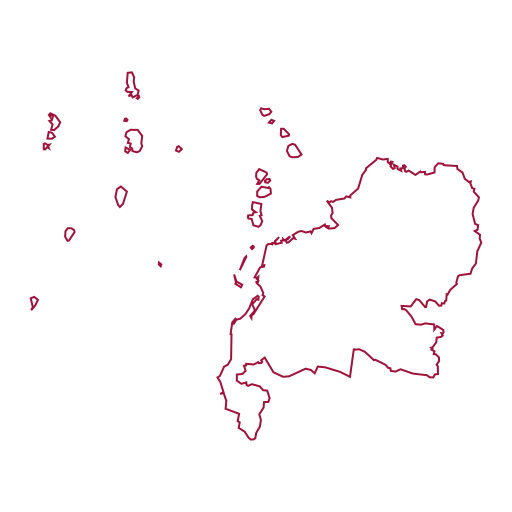 the district of Kota Makassar, Sulawesi Selatan, Indonesia
{"feature_id": "22746128B73854317646589", "entity_name": "Kota Makassar", "entity_type": "district", "adm_level": 2, "iso_a3": "IDN", "parent_name": "Indonesia", "parent_adm1": "Sulawesi Selatan", "projection": "mercator", "projection_center": [119.406, -5.12], "detail": "fine", "context": "isolated", "style": "outline", "palette": "rose", "viewbox_px": 512, "rotation_deg": 0, "n_neighbors": 0, "source": "geoboundaries", "source_scale": "gbopen_adm2", "svg_char_len": 6083}
<svg xmlns="http://www.w3.org/2000/svg" viewBox="0 0 512 512"><path d="M443.3,330.0L437.0,326.0L434.3,329.6L434.2,324.4L425.2,323.4L420.9,324.7L415.6,324.2L411.5,316.6L406.5,310.6L404.5,309.1L402.2,309.2L401.6,305.9L410.8,306.4L416.2,299.2L419.1,300.0L425.2,307.1L426.1,307.0L427.1,301.5L429.6,299.6L435.2,301.4L439.0,305.7L441.3,305.6L441.8,303.2L444.3,303.5L444.8,301.3L446.2,300.6L446.7,294.2L447.6,294.6L450.1,290.0L456.9,283.9L456.3,282.5L458.0,276.3L459.9,275.1L470.5,273.8L472.1,268.6L475.9,263.5L477.3,251.3L481.3,242.6L479.7,238.7L480.0,234.7L474.7,231.0L477.5,229.7L478.2,225.2L475.1,223.9L472.6,214.0L473.7,207.8L478.2,200.6L478.9,197.3L473.7,191.6L474.4,188.8L472.2,188.2L470.3,183.1L470.8,181.5L468.9,182.0L464.8,178.8L462.5,172.5L457.5,169.1L457.0,166.0L445.3,165.3L443.5,165.0L443.1,163.8L438.3,163.3L434.7,167.1L434.5,172.5L427.2,174.5L425.1,174.3L425.0,171.9L421.1,172.3L420.4,171.5L415.4,174.9L408.6,170.5L406.4,171.8L405.1,171.3L404.5,168.4L405.8,166.7L404.2,165.2L403.0,165.6L403.1,168.2L400.5,168.4L401.2,170.8L397.5,168.9L397.5,166.5L393.9,164.8L394.8,168.0L393.0,168.9L390.5,166.3L392.4,161.9L390.8,161.6L389.9,164.0L387.8,162.1L387.7,158.9L382.8,159.5L377.1,157.9L376.2,159.9L366.0,168.3L366.2,169.7L362.3,174.8L358.1,188.6L350.2,195.5L350.3,197.4L346.2,196.4L344.5,198.5L336.0,199.9L333.1,201.9L331.2,201.2L329.4,202.4L326.8,200.7L332.0,207.8L332.6,213.1L331.1,215.4L331.4,218.2L338.1,225.0L334.5,228.1L328.7,228.6L326.7,227.3L328.2,227.3L328.7,226.2L325.2,226.0L324.8,224.5L319.3,228.0L313.6,228.9L311.5,233.2L310.5,231.4L306.0,232.5L301.4,231.0L297.9,231.9L291.9,235.7L292.9,235.2L295.1,238.7L293.1,238.2L288.7,242.2L286.9,242.8L285.4,240.0L287.5,239.3L287.2,238.8L289.0,237.8L290.2,236.3L284.5,240.5L283.1,239.1L283.2,240.5L281.1,240.7L281.7,242.8L275.9,244.1L275.2,241.3L279.1,237.1L275.0,241.2L275.1,243.7L273.5,242.9L272.6,243.9L272.3,242.2L272.0,244.0L268.1,244.1L266.6,245.4L262.1,265.6L264.3,265.2L264.0,266.6L260.1,267.4L254.6,277.4L257.1,277.9L258.3,276.8L258.1,278.8L257.8,279.0L256.9,278.7L256.0,278.7L257.9,279.2L257.9,281.7L256.4,281.8L256.4,282.1L258.0,281.7L257.1,283.5L260.5,286.7L263.3,293.0L262.5,295.1L264.6,296.5L253.5,314.1L251.6,315.4L251.4,318.0L250.2,315.9L255.0,310.4L252.2,304.3L256.7,299.2L258.4,299.8L258.7,296.8L257.7,295.8L252.8,299.4L249.1,308.5L245.4,314.1L240.4,318.6L236.4,319.7L233.8,323.7L233.0,322.9L236.1,318.0L232.3,322.3L230.6,334.0L231.5,334.3L231.1,359.1L227.9,364.6L224.0,366.8L220.0,375.8L217.5,377.5L220.3,381.9L223.5,392.2L220.1,394.0L223.6,392.9L226.3,400.8L225.6,408.8L239.1,413.8L237.7,421.2L239.7,422.3L238.7,427.9L244.6,431.6L248.8,438.0L251.0,439.6L253.8,439.3L255.3,438.2L256.2,432.9L259.9,426.6L260.9,420.0L259.3,414.2L263.6,407.6L264.0,402.1L268.4,401.9L269.6,398.0L267.2,390.6L263.1,390.2L259.9,386.4L252.0,384.2L248.0,385.8L246.5,384.9L246.3,382.4L241.4,383.8L236.8,380.6L236.9,374.5L242.4,374.0L245.6,370.9L244.0,365.7L246.2,365.4L246.2,363.8L253.7,364.5L258.3,362.1L259.0,363.2L261.3,363.0L262.2,361.8L261.2,360.3L264.7,357.6L273.5,372.3L283.1,376.8L289.1,376.3L305.6,368.7L310.8,369.9L314.7,373.3L317.8,366.6L325.1,367.3L339.9,371.8L350.0,376.8L353.9,348.5L354.2,349.7L359.2,349.3L364.9,351.8L374.0,360.2L375.5,359.8L385.7,364.9L388.0,367.8L390.3,368.2L390.9,370.9L395.4,371.6L400.5,369.3L413.0,373.6L426.9,375.2L429.7,377.3L433.3,377.4L434.8,374.5L438.0,374.0L437.8,366.3L436.6,364.8L439.1,361.0L438.9,357.3L435.8,354.3L433.8,354.1L434.5,351.3L431.5,349.7L432.4,348.8L431.2,347.7L432.5,347.4L436.3,342.3L436.7,337.6L440.8,337.0L442.7,335.6L441.5,333.3L442.7,333.6L443.5,332.5L443.3,330.0ZM141.3,143.2L142.2,135.9L137.7,129.9L130.6,129.8L126.5,132.2L125.4,136.3L128.9,139.1L127.9,143.0L130.7,143.6L130.0,147.2L132.2,148.5L132.5,151.1L137.0,152.3L139.7,151.0L142.2,146.3L141.3,143.2ZM261.4,204.0L252.8,202.1L252.1,205.8L251.9,209.4L255.8,212.2L253.4,212.6L252.6,215.1L248.2,215.4L247.9,217.4L248.4,218.5L251.7,219.0L253.4,225.3L258.5,226.8L260.6,225.1L262.2,221.1L259.8,215.8L261.6,215.1L260.4,211.1L261.4,204.0ZM131.9,72.4L127.7,72.8L126.9,82.8L128.5,87.2L126.5,88.2L125.7,90.3L127.4,91.9L131.9,92.0L128.6,96.3L131.5,95.0L132.7,97.4L137.6,94.9L138.6,90.5L135.2,88.4L133.7,81.7L134.1,77.2L131.9,72.4ZM119.9,207.0L123.0,203.8L126.9,191.6L120.9,186.5L117.0,189.2L115.4,197.1L118.2,205.1L119.9,207.0ZM298.1,156.9L301.5,154.5L295.1,144.7L292.3,143.9L288.4,145.9L286.9,150.9L289.6,156.3L292.7,157.3L298.1,156.9ZM268.2,188.0L261.5,186.7L257.2,191.5L257.2,196.0L259.7,197.3L264.8,196.8L270.9,193.6L270.5,188.8L269.0,187.2L268.2,188.0ZM55.4,115.7L50.3,113.3L48.9,114.9L50.2,116.9L50.3,114.8L53.1,115.8L51.8,120.3L49.4,121.0L52.6,124.3L51.1,129.8L54.1,130.1L58.3,126.4L60.2,122.3L55.4,115.7ZM259.4,184.0L267.1,174.3L266.5,172.5L259.2,169.1L256.3,172.9L256.1,176.5L256.8,178.7L259.3,180.3L257.2,183.9L259.4,184.0ZM71.5,228.3L67.8,228.2L65.5,231.2L65.1,236.6L67.5,240.8L69.0,240.5L74.6,232.0L74.1,230.1L71.5,228.3ZM264.1,109.2L261.2,108.3L260.2,110.2L262.3,114.7L264.1,115.9L269.3,114.2L271.3,111.7L269.0,108.8L264.1,109.2ZM289.0,134.2L283.7,128.8L281.1,128.8L280.8,135.1L282.4,137.1L288.9,135.6L289.0,134.2ZM37.9,299.9L34.3,296.9L30.7,298.3L32.8,307.0L31.2,310.2L35.3,305.4L37.9,299.9ZM52.0,132.7L48.7,132.0L47.5,138.6L52.0,138.7L54.9,136.7L52.0,132.7ZM178.9,151.8L181.8,149.1L178.6,146.2L177.1,147.0L176.0,150.6L178.9,151.8ZM47.6,144.9L45.0,143.4L43.7,144.0L43.8,149.3L45.2,149.4L47.3,147.0L48.8,148.1L48.1,146.3L49.5,144.6L47.6,144.9ZM236.5,281.6L234.1,274.4L236.0,282.7L235.4,283.8L240.9,287.3L242.2,284.7L236.5,281.6ZM127.8,152.9L130.2,149.9L125.6,147.5L125.2,151.3L127.8,152.9ZM267.9,182.8L270.2,180.5L269.5,179.0L266.8,179.2L265.0,180.7L265.2,182.3L267.9,182.8ZM272.0,123.4L274.1,120.9L271.4,119.8L268.9,122.6L272.0,123.4ZM239.8,270.2L246.3,256.9L246.2,256.4L244.6,258.0L239.8,270.2ZM126.7,121.1L127.5,119.9L126.1,118.5L124.9,118.8L124.3,120.8L126.7,121.1ZM160.7,266.3L161.3,264.5L159.0,262.6L158.8,264.4L160.7,266.3ZM137.7,98.9L139.3,97.2L139.0,96.2L136.9,98.2L137.7,98.9ZM252.6,245.8L250.8,247.5L252.0,249.1L253.7,247.7L253.8,246.5L252.6,245.8Z" fill="none" stroke="#9f1239" stroke-width="2"/></svg>